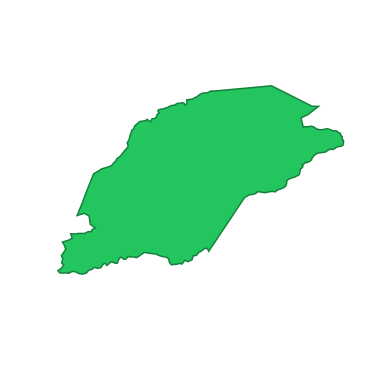 the district of Custódia, Pernambuco, Brazil, rotated 219°
{"feature_id": "56859067B6300441396058", "entity_name": "Custódia", "entity_type": "district", "adm_level": 2, "iso_a3": "BRA", "parent_name": "Brazil", "parent_adm1": "Pernambuco", "projection": "natural_earth1", "projection_center": [-37.699, -8.148], "detail": "fine", "context": "isolated", "style": "filled", "palette": "green", "viewbox_px": 384, "rotation_deg": 219, "n_neighbors": 0, "source": "geoboundaries", "source_scale": "gbopen_adm2", "svg_char_len": 3059}
<svg xmlns="http://www.w3.org/2000/svg" viewBox="0 0 384 384"><g transform="rotate(219 192 192)"><path d="M104.1,323.4L105.2,325.5L106.2,327.0L108.6,327.9L110.2,329.6L111.8,329.7L113.6,331.0L115.6,330.4L118.3,330.4L119.5,329.4L121.1,328.4L126.8,326.4L128.2,324.6L129.0,323.4L130.4,322.1L131.7,320.8L133.0,320.3L135.0,319.3L137.8,319.3L141.1,318.0L142.8,315.7L144.4,314.6L146.4,312.5L153.9,318.1L150.5,325.4L147.6,338.2L152.7,334.2L195.5,324.9L197.4,324.3L199.0,322.7L213.6,308.4L239.5,283.3L240.9,282.5L241.9,279.9L243.3,278.0L245.5,276.1L246.6,274.4L247.5,272.2L248.1,268.9L249.2,267.2L249.9,265.0L250.9,263.7L254.1,260.3L251.4,257.5L252.3,255.0L254.0,256.0L256.0,255.3L257.3,253.1L258.9,252.1L259.9,249.8L260.3,248.2L262.1,246.7L263.5,244.2L264.2,242.2L265.2,241.1L266.7,238.3L268.5,236.7L269.9,234.3L268.9,233.1L267.4,232.8L267.8,229.7L266.9,228.3L266.9,226.8L267.6,225.3L269.2,223.6L268.3,220.4L272.6,220.2L273.1,218.1L276.4,214.5L277.3,212.7L277.6,210.0L278.1,207.3L277.1,204.6L277.7,202.0L276.8,200.3L275.8,197.0L274.0,193.5L273.2,189.2L270.9,188.1L270.1,186.1L270.4,180.0L270.2,175.0L271.3,170.5L270.8,168.2L271.2,165.1L271.1,163.2L271.2,161.6L274.3,156.6L276.7,153.3L277.7,150.0L279.9,144.3L274.5,126.7L269.9,112.8L266.5,101.4L262.3,107.6L256.9,108.6L250.7,102.8L244.6,103.3L246.0,99.9L245.2,97.7L247.7,96.0L249.4,92.2L254.3,88.3L255.8,86.3L260.0,83.2L256.0,80.8L257.7,76.7L261.2,71.6L258.1,70.4L254.3,68.2L253.9,66.4L253.4,60.2L250.6,59.0L249.9,57.5L248.6,54.7L245.9,54.7L245.5,50.6L246.7,46.5L244.2,45.8L241.7,47.4L238.8,50.1L236.7,51.1L235.0,55.0L233.3,56.1L231.3,57.0L229.5,57.2L228.2,57.7L226.9,58.3L225.0,59.7L223.0,62.8L223.0,66.1L221.0,68.9L220.6,71.9L217.1,73.4L215.1,76.2L215.5,78.3L215.4,80.7L214.4,81.9L211.8,81.4L211.5,83.5L211.3,85.5L210.1,87.4L208.6,87.8L206.7,88.4L205.2,89.9L206.2,92.1L206.7,96.2L204.7,97.0L203.0,96.7L201.1,98.1L201.1,100.1L201.2,102.0L199.5,102.2L198.2,103.6L196.6,104.7L193.8,106.1L193.0,107.8L192.1,111.7L190.9,115.1L189.5,115.9L184.1,119.0L182.6,120.0L181.3,121.1L178.9,121.5L175.1,122.9L170.5,125.3L168.0,125.3L165.0,122.9L162.1,122.5L159.4,125.4L158.0,126.6L157.0,128.5L154.4,129.8L154.6,134.7L151.5,135.1L149.3,139.2L150.9,143.1L148.7,145.5L148.7,149.7L147.6,151.6L146.8,155.6L145.5,157.3L144.0,157.6L141.7,156.4L146.0,202.9L146.2,205.0L147.4,218.0L147.6,219.9L147.4,221.8L146.5,223.3L146.2,225.3L144.7,226.7L143.0,228.7L141.5,231.1L141.5,232.8L139.8,234.6L137.9,235.5L135.0,237.3L133.9,238.4L132.4,240.4L130.0,243.0L127.4,244.5L126.8,247.5L125.2,249.8L124.3,251.5L123.4,253.1L122.9,255.8L123.9,258.3L125.3,260.0L125.1,262.1L124.2,264.3L123.3,265.7L121.4,268.5L120.9,270.1L119.8,271.9L120.0,273.9L120.7,275.5L121.4,276.8L122.3,278.2L121.6,280.1L121.9,281.8L123.3,282.4L122.6,284.3L122.8,286.3L121.4,286.8L120.6,288.4L119.8,289.8L119.4,292.0L119.9,293.7L120.2,297.1L119.0,300.7L118.2,302.0L116.9,303.3L115.6,304.7L113.8,306.5L113.1,308.1L112.6,310.3L111.6,311.8L110.9,313.1L109.2,313.5L108.6,315.3L107.7,318.2L105.9,320.2L104.6,322.0L104.1,323.4Z" fill="#22c55e" stroke="#15803d" stroke-width="1.5"/></g></svg>